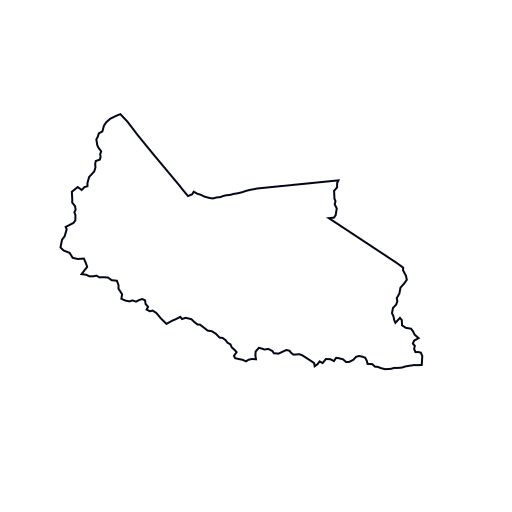 Tunas do Paraná, Paraná, Brazil, rotated 32°
{"feature_id": "56859067B8300212409648", "entity_name": "Tunas do Paraná", "entity_type": "district", "adm_level": 2, "iso_a3": "BRA", "parent_name": "Brazil", "parent_adm1": "Paraná", "projection": "robinson", "projection_center": [-48.893, -24.939], "detail": "fine", "context": "isolated", "style": "outline", "palette": "ink", "viewbox_px": 512, "rotation_deg": 32, "n_neighbors": 0, "source": "geoboundaries", "source_scale": "gbopen_adm2", "svg_char_len": 2880}
<svg xmlns="http://www.w3.org/2000/svg" viewBox="0 0 512 512"><g transform="rotate(32 256 256)"><path d="M75.8,210.2L65.8,207.6L63.3,211.0L59.7,216.7L58.1,221.9L58.0,226.1L59.7,231.8L57.7,235.3L58.6,238.5L58.8,241.7L62.5,246.0L64.7,247.5L69.2,249.3L70.0,252.4L71.7,254.3L72.5,257.0L69.8,260.3L70.7,262.9L72.9,266.0L74.0,269.9L73.5,272.9L72.6,277.4L74.4,283.5L76.1,286.1L74.0,288.5L73.2,292.4L68.3,292.0L65.8,299.1L70.4,305.7L71.8,308.1L76.1,309.6L78.5,312.3L78.8,315.2L81.2,317.0L83.9,321.5L83.7,324.6L79.2,332.2L81.3,333.7L83.2,340.4L82.9,345.1L85.7,352.4L89.9,353.3L96.3,352.1L101.5,354.7L106.4,353.0L111.4,349.4L115.5,352.2L118.6,354.7L118.1,359.1L117.7,363.8L121.9,361.9L125.5,361.5L128.3,359.8L131.2,357.2L134.5,357.1L137.6,355.0L141.8,352.7L146.4,353.0L151.1,350.7L154.8,353.5L156.7,356.6L162.7,359.4L164.5,363.6L169.0,363.0L172.8,361.5L174.8,359.1L178.4,358.3L180.2,355.3L182.3,352.8L185.4,352.4L187.8,355.2L191.4,356.3L191.6,359.4L195.3,359.1L197.2,357.1L201.5,357.1L208.0,359.2L211.5,360.0L216.0,361.0L219.7,354.5L221.4,352.2L224.1,347.7L226.6,348.7L229.1,345.7L234.7,343.8L238.2,344.6L242.7,345.1L244.9,343.9L251.2,344.5L254.5,344.9L258.4,343.2L263.2,343.2L268.3,344.5L271.1,343.2L275.0,343.5L277.7,344.6L281.2,344.5L283.8,346.3L288.0,347.1L290.5,347.8L290.2,352.4L292.5,353.7L296.0,352.5L299.5,351.2L303.4,350.6L304.6,348.0L307.2,345.4L310.7,343.6L308.2,340.7L306.3,337.2L307.1,332.3L310.5,331.3L312.8,330.8L315.6,328.3L320.2,327.9L322.7,329.0L326.9,326.8L329.4,322.9L331.6,319.6L334.7,318.6L336.9,319.5L340.0,319.8L342.1,318.4L344.6,316.4L347.7,315.7L356.9,315.8L362.1,316.0L364.2,318.4L365.5,315.2L365.8,311.7L369.2,311.5L369.9,306.3L373.8,304.1L377.8,303.8L377.9,299.9L380.7,298.7L384.5,297.5L388.7,298.2L391.1,296.5L393.5,292.6L394.3,288.5L396.5,286.1L399.7,285.0L402.5,284.4L405.4,286.1L407.8,288.4L411.9,286.1L415.6,286.8L418.0,285.5L421.3,284.9L425.4,283.6L430.1,280.3L432.5,277.7L435.8,275.6L439.0,273.2L441.0,270.7L444.5,267.6L447.9,264.7L450.8,263.0L454.3,260.6L450.0,252.7L447.0,250.6L444.4,251.5L442.1,253.0L439.3,251.0L438.3,248.0L435.5,247.2L434.9,244.1L437.4,239.5L432.1,238.6L428.9,236.6L426.0,235.5L421.2,237.5L416.6,237.4L413.6,233.1L410.9,232.2L409.6,238.8L407.2,237.1L404.4,234.2L401.6,232.4L399.7,227.5L400.6,223.1L399.9,219.6L397.7,217.2L397.5,211.9L395.3,206.3L396.2,201.0L396.5,196.3L393.8,193.4L388.3,190.2L387.0,187.9L378.4,187.3L297.7,185.3L301.8,182.2L301.9,179.1L300.5,175.8L299.3,172.9L295.4,170.5L294.3,167.3L292.1,165.8L290.0,162.7L287.7,159.4L288.4,154.9L286.1,151.0L285.8,148.2L221.0,198.3L219.1,200.2L216.4,202.6L212.8,206.3L210.7,209.0L207.3,212.5L204.2,215.1L202.1,217.5L198.2,220.6L196.2,222.7L194.7,224.8L191.6,227.2L188.9,230.1L185.6,231.5L180.6,233.0L177.0,233.3L173.2,234.3L169.1,234.5L169.2,237.5L166.6,241.2L158.0,238.4L154.0,236.9L116.1,224.5L92.5,216.5L75.8,210.2Z" fill="none" stroke="#020617" stroke-width="2"/></g></svg>